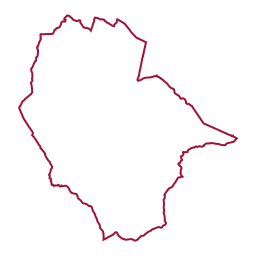 Provita De Sus, Prahova, Romania
{"feature_id": "2599482B41461583551920", "entity_name": "Provita De Sus", "entity_type": "district", "adm_level": 2, "iso_a3": "ROU", "parent_name": "Romania", "parent_adm1": "Prahova", "projection": "albers", "projection_center": [25.633, 45.139], "detail": "fine", "context": "isolated", "style": "outline", "palette": "rose", "viewbox_px": 256, "rotation_deg": 0, "n_neighbors": 0, "source": "geoboundaries", "source_scale": "gbopen_adm2", "svg_char_len": 5643}
<svg xmlns="http://www.w3.org/2000/svg" viewBox="0 0 256 256"><path d="M103.5,239.7L112.7,234.9L115.1,232.6L115.6,232.3L116.2,232.2L116.7,232.4L117.1,232.8L117.5,233.5L118.0,234.8L118.6,235.7L121.2,237.9L122.6,238.8L125.9,239.7L127.4,239.6L129.5,239.2L131.1,239.1L132.9,239.5L134.6,240.6L135.2,240.6L136.8,240.0L138.0,239.3L138.4,238.8L138.9,238.0L140.4,236.9L141.1,236.0L141.8,235.8L143.1,235.7L144.0,235.4L145.2,234.1L146.6,233.1L148.6,231.6L150.5,230.9L151.0,230.5L151.8,229.7L152.3,229.3L154.7,228.5L157.3,227.4L158.4,227.1L159.4,227.1L160.7,227.7L161.5,227.7L162.0,227.5L162.2,227.3L162.8,225.8L165.4,224.6L166.0,223.2L165.7,222.2L164.7,220.6L164.7,220.0L164.9,219.3L164.7,218.2L164.6,216.2L163.9,213.4L163.6,212.5L164.3,210.6L164.2,210.2L163.9,209.3L163.7,207.8L163.8,205.5L164.0,204.0L163.9,202.2L163.6,200.5L163.6,199.9L163.8,199.5L164.5,198.5L164.8,197.9L164.8,195.7L164.3,195.0L165.6,192.9L168.5,188.9L169.4,188.3L171.8,187.1L172.4,186.5L173.8,184.3L175.3,182.3L178.1,177.6L180.1,177.3L182.5,176.7L181.4,175.5L180.6,173.9L180.8,170.0L181.4,168.8L181.4,167.8L181.3,167.3L181.0,166.8L179.2,165.3L178.6,164.6L178.4,164.1L178.9,163.1L180.2,162.8L180.4,162.5L180.6,161.3L180.8,161.0L181.2,160.6L182.0,160.2L182.0,159.7L181.2,158.0L181.1,157.2L180.8,156.5L182.4,155.7L183.1,155.0L183.5,153.6L182.9,152.7L183.0,152.1L183.3,152.0L184.0,152.4L184.6,152.1L186.1,152.2L187.4,152.1L187.9,150.6L188.3,149.9L189.1,149.5L190.6,148.4L191.2,148.3L192.1,147.8L194.2,147.5L194.5,147.1L195.3,146.8L195.8,146.4L196.2,146.4L197.4,147.0L198.8,146.3L199.6,146.2L201.6,146.7L202.0,146.7L203.6,146.1L203.6,145.9L203.8,145.8L203.7,145.4L203.8,145.1L204.5,144.9L205.6,143.8L207.9,143.3L209.7,143.5L211.2,142.9L212.0,143.2L213.6,143.3L216.1,143.8L218.6,144.0L221.9,145.1L225.2,145.1L225.8,144.7L225.9,144.3L226.7,143.6L227.7,143.1L230.4,142.6L233.9,141.6L234.5,141.1L235.3,139.9L236.8,138.4L235.3,137.5L233.3,136.6L233.1,135.8L232.2,136.3L231.8,136.2L231.5,135.9L231.5,135.6L231.0,135.3L229.6,135.1L229.2,134.8L203.6,123.4L192.6,107.2L192.1,106.1L190.7,105.4L189.1,104.1L188.6,103.8L187.2,103.9L186.5,103.6L186.0,103.0L185.9,101.5L185.6,100.5L184.5,99.1L183.8,98.5L183.3,98.3L182.7,98.2L181.2,98.8L180.7,98.7L180.2,98.0L179.8,97.1L179.1,96.0L174.9,93.3L174.4,91.6L174.1,89.6L173.9,89.3L173.0,88.9L172.3,88.3L171.4,88.2L170.3,87.4L169.1,86.2L167.5,84.1L165.8,82.3L164.8,81.7L162.7,79.7L161.7,79.3L161.5,78.8L160.9,78.5L160.7,78.1L159.9,77.9L159.4,77.4L158.7,76.9L158.0,76.9L157.6,76.6L157.2,76.6L157.0,76.4L156.7,75.5L155.4,76.0L154.5,76.2L153.5,76.6L150.4,77.4L145.7,77.7L142.8,78.6L141.5,79.6L138.7,80.7L138.2,80.8L137.8,80.5L137.6,80.3L137.5,79.9L137.7,78.6L138.9,75.9L139.5,72.0L140.3,68.4L140.8,66.2L142.5,57.3L143.1,56.2L143.1,55.9L142.9,55.6L143.1,55.3L146.0,42.3L141.0,39.8L137.1,38.1L136.1,37.4L131.1,32.0L129.2,29.3L124.7,23.7L118.5,19.9L117.2,19.4L116.8,21.0L116.8,22.0L116.5,22.6L115.8,23.4L114.4,24.4L114.1,26.1L113.5,26.1L111.9,25.5L109.6,24.0L108.8,23.3L108.5,23.4L107.2,22.7L106.8,22.5L106.1,21.5L104.7,21.1L104.3,19.9L104.1,19.7L102.4,19.3L101.1,19.5L100.2,19.4L98.4,18.4L96.8,17.9L95.1,17.6L94.8,18.0L94.4,19.0L94.2,19.8L94.1,21.1L93.8,22.2L93.1,23.5L92.4,26.3L91.6,28.4L90.9,30.6L90.4,29.9L89.2,28.9L87.8,28.2L85.0,27.8L83.4,27.2L83.0,26.8L81.6,24.3L80.4,22.8L80.3,22.4L80.3,20.8L80.0,20.3L79.7,20.2L78.8,20.4L77.3,21.1L76.2,21.0L73.5,19.9L72.9,19.4L72.5,19.1L72.4,18.6L69.8,16.5L69.6,16.2L67.5,15.4L64.7,17.9L64.2,19.0L64.4,19.4L65.5,19.8L65.3,20.2L65.3,21.5L64.3,21.6L63.2,21.3L62.2,21.8L61.7,22.1L61.2,23.1L60.7,25.2L60.2,26.0L60.1,26.4L60.0,26.6L58.8,27.6L57.8,28.0L56.5,28.1L55.6,29.6L54.7,29.8L54.3,30.6L54.1,31.4L53.8,32.1L52.6,33.9L45.6,34.1L44.7,34.3L40.7,34.2L40.7,34.7L40.4,35.1L40.5,36.3L40.8,37.4L40.8,37.8L40.4,38.6L40.8,39.2L40.7,39.6L40.1,40.6L39.1,42.5L38.3,45.3L38.0,46.0L37.3,46.6L37.1,47.0L37.5,47.6L37.2,48.5L37.3,49.0L38.0,50.0L38.1,51.2L37.9,52.2L38.0,52.4L38.0,53.2L37.6,54.3L37.7,55.6L37.3,56.4L36.6,57.0L36.2,57.5L36.1,59.9L35.7,61.1L35.0,61.4L34.5,62.6L33.5,64.4L33.2,65.8L32.4,67.2L31.4,68.6L31.2,69.2L31.2,70.0L31.5,71.4L32.4,73.3L32.3,74.9L32.4,76.9L32.0,78.8L32.3,79.8L32.4,80.3L32.2,81.0L31.2,82.3L31.0,82.7L31.2,83.1L31.2,84.3L31.7,85.7L31.7,86.5L32.0,88.3L32.2,92.2L32.1,92.6L31.7,93.2L30.8,94.3L26.7,97.7L25.6,98.5L24.2,100.1L22.7,101.2L22.4,101.6L20.2,106.1L19.2,107.5L19.2,108.1L22.5,116.0L24.0,119.1L27.4,124.5L32.4,131.8L32.9,132.7L32.9,133.2L32.3,134.7L32.2,135.3L33.9,137.1L34.7,138.3L35.4,139.1L36.9,141.6L37.9,142.9L38.6,144.5L40.2,146.2L40.4,146.8L40.3,147.8L40.5,148.3L40.8,148.6L41.3,148.8L41.9,149.4L42.5,150.5L43.6,151.3L44.2,152.6L44.8,153.1L45.0,153.5L45.1,154.9L45.5,155.6L46.0,157.0L46.9,158.3L48.1,160.2L49.6,161.8L50.3,163.8L51.3,165.1L52.0,166.3L52.1,167.2L52.0,167.9L51.0,169.3L50.7,170.1L50.2,172.9L49.4,174.0L49.1,174.7L49.2,175.2L49.7,175.4L49.9,175.9L49.5,177.6L49.6,178.3L50.0,178.7L50.7,178.8L51.0,179.3L51.0,179.7L50.7,180.9L50.8,181.2L51.4,181.8L51.3,182.9L51.5,183.8L51.5,184.1L51.8,184.8L52.1,184.9L52.7,184.7L53.2,184.8L53.5,185.7L53.9,186.0L55.6,185.4L56.9,185.6L57.3,185.5L58.3,184.8L58.9,185.1L59.6,186.2L60.1,186.5L60.8,186.3L61.6,185.6L61.9,186.1L62.3,186.3L65.3,185.7L66.4,185.9L67.2,186.5L68.7,188.2L70.0,191.0L70.7,192.0L71.5,192.8L73.1,193.4L76.0,193.9L76.7,194.4L77.3,195.4L77.9,197.9L78.2,198.4L80.6,200.3L82.8,203.1L83.4,203.4L85.3,203.7L86.5,204.1L87.0,204.4L88.9,206.0L90.1,206.0L91.1,206.4L91.8,207.2L92.1,207.9L92.6,210.1L93.0,211.0L94.6,213.6L95.0,214.6L95.5,216.3L96.9,219.0L97.5,221.6L99.1,223.9L99.7,225.1L100.2,228.1L100.6,228.8L102.3,230.4L102.7,231.1L103.3,232.7L103.5,233.5L103.6,237.5L103.5,239.7Z" fill="none" stroke="#9f1239" stroke-width="2"/></svg>